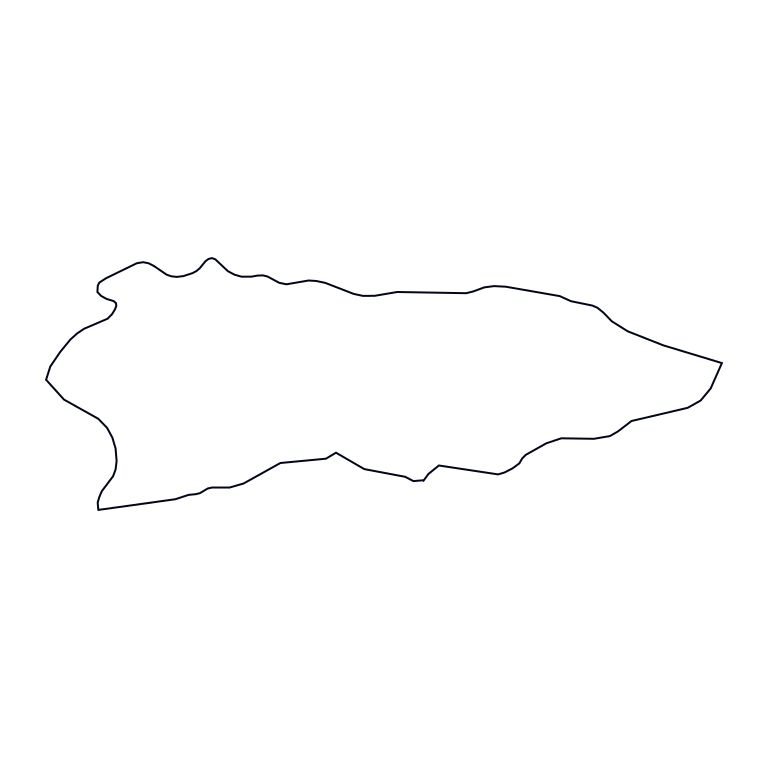 outline of Calarasi
{"feature_id": "ROU-129", "entity_name": "Calarasi", "entity_type": "County", "adm_level": 1, "iso_a3": "ROU", "parent_name": "Romania", "parent_adm1": "", "projection": "equal_earth", "projection_center": [26.943, 44.314], "detail": "fine", "context": "isolated", "style": "outline", "palette": "ink", "viewbox_px": 768, "rotation_deg": 0, "n_neighbors": 0, "source": "natural_earth", "source_scale": "10m", "svg_char_len": 1444}
<svg xmlns="http://www.w3.org/2000/svg" viewBox="0 0 768 768"><path d="M413.4,481.1L405.2,476.8L364.3,469.1L336.0,452.7L325.9,458.7L280.4,463.0L243.6,483.5L229.7,487.5L212.2,487.5L207.7,488.5L200.0,493.1L196.3,494.1L188.5,494.9L175.5,499.2L98.4,509.9L98.3,509.7L97.7,502.7L99.1,497.6L101.8,491.2L113.1,476.2L115.6,469.4L116.6,461.0L115.6,448.6L112.4,437.7L107.1,427.9L98.3,418.8L64.0,399.6L46.1,379.8L50.3,366.5L60.3,351.8L70.4,339.5L77.2,333.4L84.2,328.7L107.6,318.7L112.0,314.2L114.7,309.9L116.3,306.0L116.0,303.2L113.7,301.1L106.5,298.9L101.1,295.9L97.4,292.0L97.8,285.6L99.3,282.6L106.1,278.2L136.9,263.2L143.2,262.2L148.7,263.3L154.1,266.1L166.5,274.6L171.3,276.3L176.8,276.9L183.4,276.1L192.6,273.1L196.3,271.1L199.7,268.3L205.5,261.2L208.4,259.0L211.9,258.1L215.3,259.3L227.8,271.1L234.3,274.6L241.5,276.7L251.3,276.7L257.3,275.6L263.1,275.4L267.7,276.6L279.2,282.8L286.4,284.3L308.6,280.5L316.3,281.0L325.3,282.9L353.7,293.9L363.0,295.9L374.7,295.8L397.2,292.0L466.2,293.2L473.1,291.5L484.2,287.4L494.0,286.1L505.7,286.7L559.7,296.1L571.0,301.2L592.5,305.6L597.5,307.8L603.5,312.7L611.8,321.3L627.7,331.3L663.2,345.3L721.9,363.1L710.7,388.4L700.7,400.5L687.7,407.8L631.5,421.0L617.7,431.6L609.8,436.1L593.9,438.8L561.3,438.3L546.3,443.3L525.7,454.9L522.2,458.5L519.3,463.4L512.5,468.4L504.5,472.5L498.1,474.4L438.9,465.5L433.2,470.1L428.4,474.0L423.5,480.7L422.9,480.3L413.4,481.1Z" fill="none" stroke="#020617" stroke-width="2"/></svg>